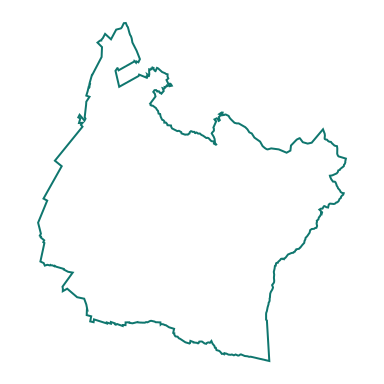 outline of Tlachichuca, Puebla, Mexico
{"feature_id": "50627088B20721288648973", "entity_name": "Tlachichuca", "entity_type": "district", "adm_level": 2, "iso_a3": "MEX", "parent_name": "Mexico", "parent_adm1": "Puebla", "projection": "equal_earth", "projection_center": [-97.33, 19.148], "detail": "fine", "context": "isolated", "style": "outline", "palette": "teal", "viewbox_px": 384, "rotation_deg": 0, "n_neighbors": 0, "source": "geoboundaries", "source_scale": "gbopen_adm2", "svg_char_len": 5949}
<svg xmlns="http://www.w3.org/2000/svg" viewBox="0 0 384 384"><path d="M62.5,286.7L62.9,288.9L62.8,291.2L67.2,288.7L77.1,297.2L84.2,298.7L86.3,304.5L87.4,310.1L86.9,309.9L86.7,315.1L91.2,316.3L90.2,321.4L93.6,322.2L94.0,319.4L107.0,323.5L106.9,322.5L110.9,323.7L110.9,322.0L114.8,323.3L114.8,324.1L115.3,324.5L115.9,324.7L117.0,324.0L122.7,326.0L122.8,325.0L125.5,325.1L125.6,322.4L129.3,322.3L129.4,322.9L132.6,323.3L137.3,322.1L137.3,322.3L140.8,322.6L144.8,322.7L146.1,322.1L147.5,322.3L150.1,321.0L151.1,320.8L154.7,321.6L155.6,322.2L160.4,322.4L160.6,324.5L161.0,324.1L163.2,324.3L165.0,325.1L165.7,325.1L169.1,327.3L174.1,328.8L173.2,332.9L174.3,333.3L174.1,334.0L174.8,335.5L175.5,336.4L177.6,336.7L178.9,338.3L180.1,338.8L185.4,342.3L189.5,343.5L190.0,343.1L190.4,340.9L193.6,342.1L193.6,342.5L197.0,342.8L197.4,343.2L198.3,343.3L198.5,343.2L199.3,341.6L201.5,341.5L202.1,341.6L204.5,343.4L206.2,343.8L206.8,343.0L207.9,342.5L208.6,342.4L209.9,342.8L211.4,341.0L212.5,343.6L214.4,345.9L214.9,347.7L215.8,347.8L216.5,350.1L219.0,350.8L220.1,351.6L221.9,353.9L223.1,353.7L224.0,354.2L224.2,353.3L224.7,353.1L225.5,353.7L226.4,353.6L228.4,354.6L230.7,354.8L231.9,354.5L233.9,355.3L235.6,354.5L238.1,355.6L239.3,355.3L240.3,354.5L241.0,354.4L244.8,356.0L247.6,356.3L249.1,356.8L250.7,356.7L269.3,361.0L266.9,320.5L266.1,319.7L266.1,314.1L266.2,312.9L266.9,311.0L267.6,307.3L268.5,304.4L268.7,302.6L269.4,301.6L269.7,300.0L269.6,298.6L269.9,297.8L270.2,293.7L270.9,291.8L272.3,289.5L272.9,287.9L273.0,287.3L272.1,285.1L273.8,282.8L274.1,282.0L274.2,280.5L273.9,277.9L274.2,274.7L273.8,271.9L274.6,268.5L274.9,266.1L275.0,265.8L275.7,265.7L276.1,263.3L276.6,262.9L277.8,262.8L278.2,261.8L280.1,260.1L281.0,258.9L281.8,258.7L282.7,259.0L283.0,258.7L284.0,259.2L284.5,258.3L284.8,258.3L285.8,257.4L288.0,254.5L291.5,253.0L293.4,252.7L293.7,252.1L294.8,251.7L295.5,250.3L296.1,250.0L296.3,249.3L299.0,248.8L299.9,247.7L300.2,247.7L302.2,245.1L304.2,242.9L304.6,240.7L305.3,239.5L305.6,237.8L307.1,236.3L309.6,232.7L310.2,230.1L311.8,229.0L314.1,228.8L315.2,228.0L316.4,227.8L317.1,225.9L316.6,223.7L316.7,222.7L317.0,221.9L316.8,220.7L318.4,219.4L318.7,217.9L319.4,216.7L319.9,216.4L320.4,215.2L321.0,214.7L321.0,213.7L321.6,214.1L322.1,212.3L319.4,209.6L320.8,208.7L322.5,208.6L323.8,206.3L324.6,206.1L326.4,207.2L328.1,207.5L328.8,204.5L330.0,203.6L333.9,204.0L335.2,203.5L336.4,202.4L337.3,202.3L338.6,201.1L339.5,199.0L340.9,197.9L341.0,196.9L341.8,195.8L343.2,194.7L343.7,193.2L342.1,192.9L340.7,192.0L339.8,190.2L338.0,188.2L337.7,187.2L336.6,185.5L336.5,184.7L335.5,182.3L334.8,181.7L333.0,181.6L331.3,179.3L330.2,176.9L329.9,175.7L332.2,175.4L336.7,173.4L337.8,172.1L338.3,170.4L339.8,169.9L340.3,168.9L343.8,166.2L344.0,164.8L344.7,164.0L345.3,162.5L345.3,161.3L345.9,158.6L338.6,156.4L337.9,155.6L337.2,153.8L337.3,148.5L337.0,146.2L334.5,145.6L331.9,143.2L330.9,141.9L329.3,141.7L328.1,141.0L327.0,139.7L325.7,139.5L324.8,139.0L324.6,138.2L324.9,135.7L324.7,133.8L323.0,129.3L311.7,142.7L307.7,143.6L302.8,142.2L299.9,138.3L299.5,138.2L296.7,139.6L291.0,145.5L290.4,150.6L286.6,152.7L278.8,149.4L271.2,148.4L267.7,149.4L266.5,149.1L264.8,148.0L262.6,146.1L260.1,141.6L254.4,137.6L251.8,133.5L249.3,132.3L247.4,129.3L245.3,127.2L238.7,123.4L236.7,123.4L234.5,122.8L231.0,119.4L229.7,117.9L228.6,115.9L225.7,114.5L222.9,115.0L222.2,114.0L222.6,112.6L221.7,112.5L219.3,114.1L221.8,115.3L220.5,115.5L218.9,116.9L219.0,117.5L218.6,118.0L219.1,117.7L219.2,119.1L219.8,120.1L219.3,120.6L218.8,120.9L218.2,119.5L216.8,118.3L214.5,119.4L215.5,120.8L216.2,121.2L213.4,127.6L213.9,128.7L213.9,130.7L212.0,132.8L211.7,133.4L213.8,136.9L214.6,139.0L215.0,142.9L216.2,144.5L215.9,144.7L213.9,143.6L214.2,142.1L214.1,141.4L212.0,141.3L211.0,140.8L208.6,138.2L207.6,137.8L206.3,138.0L203.1,135.7L201.4,134.9L199.8,133.5L198.1,133.6L196.6,132.5L195.9,132.6L195.4,133.1L195.0,133.0L194.3,131.9L192.5,131.9L191.7,131.3L190.9,131.2L189.8,132.2L189.4,133.6L188.5,133.9L187.9,134.6L185.8,134.5L185.2,134.7L181.5,133.4L181.2,132.1L178.9,130.8L177.3,131.1L172.0,128.4L171.2,126.8L171.0,125.5L167.5,125.2L167.3,124.3L166.1,122.7L164.3,122.6L164.4,121.4L163.4,120.2L162.3,119.9L161.7,118.9L160.6,116.5L160.1,114.0L158.6,113.6L158.0,110.9L156.9,109.7L156.0,108.1L152.8,105.7L151.5,105.6L150.6,105.1L150.7,104.2L150.1,103.7L155.5,96.5L154.8,93.7L153.3,91.9L154.5,90.2L156.1,90.1L156.6,90.8L157.1,90.9L157.3,91.5L158.9,91.3L159.8,92.8L160.6,92.7L160.8,93.2L161.4,93.7L163.7,91.0L162.7,88.2L164.2,88.6L165.1,87.6L164.9,87.1L165.5,87.2L166.6,85.7L167.0,86.2L169.1,85.2L169.5,86.2L171.8,85.7L171.0,84.3L170.2,83.7L168.1,83.8L168.0,83.1L166.5,80.0L168.3,78.5L167.5,76.4L167.6,74.3L166.0,73.9L164.8,73.1L162.1,72.0L158.1,68.4L157.0,67.9L155.5,71.1L154.7,70.7L153.3,68.5L153.5,68.0L152.4,67.5L151.7,69.0L151.1,68.7L150.5,69.7L149.2,69.3L149.1,70.5L149.3,74.4L149.0,75.6L147.3,74.4L147.9,76.1L146.6,76.2L146.5,76.6L147.1,77.4L146.9,77.8L139.1,74.6L138.6,76.0L119.2,86.8L115.5,70.8L117.3,68.2L117.6,68.2L118.6,70.3L134.1,61.6L134.3,61.0L136.0,62.7L136.4,61.4L138.4,62.3L139.9,59.1L136.6,50.7L132.4,42.5L131.7,38.5L131.0,36.3L130.1,34.9L129.4,32.8L127.9,27.2L127.1,26.1L125.8,23.0L123.8,23.2L121.8,27.4L120.9,28.4L116.2,29.6L111.0,39.3L105.1,33.9L102.8,38.2L101.3,39.8L101.3,40.5L99.9,40.7L97.5,42.6L102.0,47.1L101.6,57.0L92.1,75.2L91.9,75.1L89.6,83.2L90.0,83.5L89.6,84.3L89.9,84.5L89.8,84.8L89.4,84.5L89.2,85.1L89.5,86.4L89.5,87.1L89.2,87.6L88.6,87.2L87.6,91.4L86.3,95.6L89.5,96.8L86.3,101.7L86.1,104.8L84.7,117.1L85.5,118.7L84.5,120.6L79.6,114.8L78.3,117.4L80.3,118.5L79.0,123.0L82.6,122.8L80.9,124.9L82.5,126.7L54.9,160.7L61.7,166.2L43.5,198.6L47.2,200.6L38.1,222.7L40.9,233.7L39.8,235.7L41.0,236.6L40.7,237.4L44.2,240.3L43.3,242.2L44.4,243.0L40.4,261.5L43.7,263.1L44.8,265.6L47.3,264.8L49.8,265.4L50.5,264.9L50.9,265.3L52.3,265.3L54.5,266.3L54.8,265.8L56.1,266.7L63.8,268.9L63.7,269.5L68.1,271.8L72.7,272.6L62.5,286.7Z" fill="none" stroke="#0f766e" stroke-width="2"/></svg>